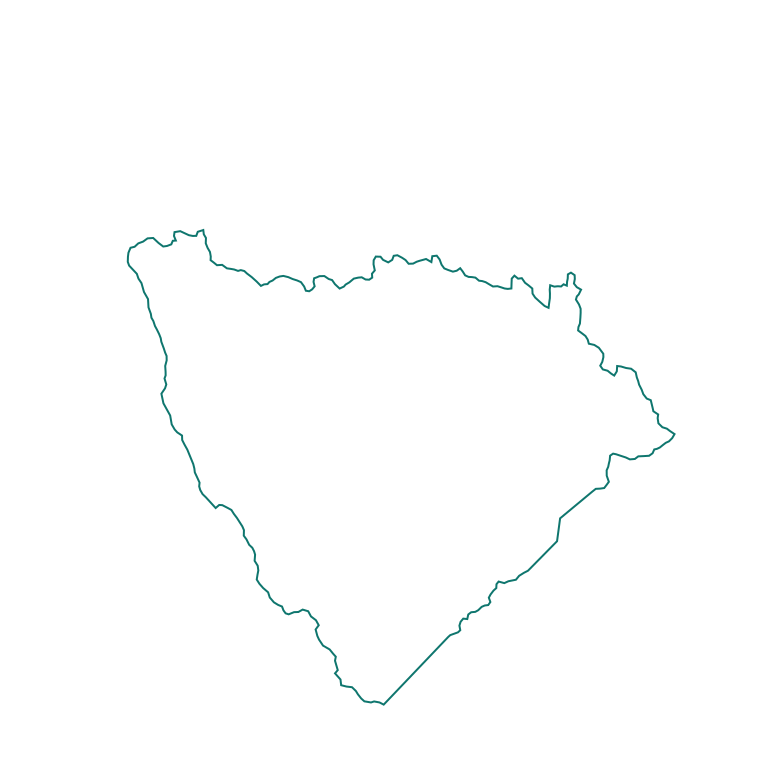 Itanhém, Bahia, Brazil, rotated 324°
{"feature_id": "56859067B26534963171540", "entity_name": "Itanhém", "entity_type": "district", "adm_level": 2, "iso_a3": "BRA", "parent_name": "Brazil", "parent_adm1": "Bahia", "projection": "equal_earth", "projection_center": [-40.347, -17.08], "detail": "fine", "context": "isolated", "style": "outline", "palette": "teal", "viewbox_px": 768, "rotation_deg": 324, "n_neighbors": 0, "source": "geoboundaries", "source_scale": "gbopen_adm2", "svg_char_len": 4546}
<svg xmlns="http://www.w3.org/2000/svg" viewBox="0 0 768 768"><g transform="rotate(324 384 384)"><path d="M303.8,138.0L301.1,140.8L299.9,145.6L297.3,144.0L294.0,146.0L289.6,144.8L286.2,143.0L284.5,137.4L283.1,130.2L278.3,127.2L272.8,127.2L267.9,125.8L262.9,126.4L259.0,124.8L254.4,127.6L251.6,130.6L248.5,134.6L247.4,138.4L248.8,149.6L247.3,154.4L247.1,159.8L243.9,168.5L243.0,176.6L238.5,183.6L236.6,190.2L234.8,193.7L234.4,197.5L232.8,202.5L232.3,206.3L231.4,211.5L230.3,215.7L228.7,218.9L226.7,226.0L225.4,229.9L224.6,233.5L222.1,237.1L217.6,240.8L214.5,245.7L212.4,248.7L209.7,250.5L207.6,256.4L204.3,258.8L198.2,261.0L194.2,270.0L192.5,283.8L188.5,291.9L187.9,297.8L188.3,301.6L190.3,307.0L187.8,310.7L187.0,315.7L186.3,321.5L182.6,336.7L180.9,340.9L179.0,344.3L178.1,349.0L176.8,355.4L174.3,358.2L173.0,361.8L172.5,366.5L173.3,371.0L174.9,385.4L179.6,385.0L182.0,387.0L184.8,392.6L186.5,396.2L186.2,400.9L186.3,405.9L185.7,415.9L184.8,419.9L181.4,424.3L181.4,428.9L180.4,434.9L181.2,439.1L180.6,442.9L179.4,446.3L175.4,451.0L175.0,456.8L172.7,461.0L169.7,463.8L166.1,467.4L165.8,472.4L166.3,478.0L167.8,484.4L166.1,489.6L166.6,495.9L168.5,500.5L170.7,504.1L169.6,508.1L169.6,511.7L171.5,514.3L177.1,515.7L180.7,518.1L185.6,518.7L189.1,523.3L188.3,529.1L190.1,535.1L189.4,540.8L184.4,542.4L182.0,548.6L181.2,552.6L180.9,559.8L184.0,566.8L184.3,572.2L184.7,576.3L181.7,579.1L178.4,588.3L174.3,589.3L175.1,597.5L172.3,602.5L175.8,606.7L179.9,610.5L180.8,615.9L180.5,619.7L180.7,625.0L181.6,629.2L186.3,634.0L189.4,635.0L193.2,639.0L195.3,643.2L287.2,626.4L290.0,626.1L294.1,627.3L297.9,628.4L301.0,628.0L303.0,623.8L306.2,621.4L310.2,620.4L313.2,623.1L316.7,620.0L320.4,619.9L323.9,622.0L327.3,622.4L332.0,621.7L335.3,622.4L338.4,624.1L341.9,622.9L343.2,618.5L346.5,616.9L351.2,615.5L354.9,615.1L357.3,612.1L360.6,611.2L364.3,615.8L368.7,616.7L372.2,618.3L375.7,619.9L380.6,618.6L386.3,619.0L390.7,619.7L431.6,612.9L447.5,596.2L489.1,593.5L493.7,593.3L497.4,595.7L501.0,597.6L504.7,596.5L508.4,595.3L510.3,589.1L513.4,584.7L516.7,582.8L519.3,580.4L521.6,578.5L524.8,574.9L528.4,575.0L530.5,577.3L533.5,581.5L536.4,585.5L538.6,589.5L542.9,592.1L547.2,592.0L551.6,594.9L556.3,597.9L560.6,597.9L564.2,595.8L566.7,596.9L569.9,597.5L573.6,597.3L577.4,597.2L580.8,597.9L585.3,597.2L589.6,595.3L587.7,590.1L586.6,586.4L583.8,582.6L582.9,577.1L585.3,572.5L587.9,569.8L585.9,564.4L587.3,561.2L588.7,557.8L590.3,553.9L588.0,550.2L587.8,544.7L589.1,540.1L590.0,534.5L591.4,530.9L592.4,527.3L594.5,522.5L592.9,516.9L589.3,513.4L586.0,509.1L583.2,506.5L579.8,510.6L575.2,512.5L573.9,509.2L572.7,504.7L569.6,500.8L569.7,496.3L573.6,494.4L577.3,491.2L579.2,488.4L579.1,481.0L577.1,476.0L573.4,471.8L574.9,467.8L575.2,463.6L573.9,459.2L572.5,454.8L574.8,452.2L578.0,450.3L582.0,445.6L585.0,441.9L587.3,438.7L588.5,434.3L588.9,428.5L591.5,426.5L594.2,426.0L598.9,423.5L596.9,419.0L596.7,414.4L600.1,411.2L602.2,408.0L600.7,403.8L597.2,403.4L594.6,406.7L592.2,408.9L589.7,411.9L587.9,408.9L584.6,409.2L582.1,407.1L579.0,405.3L576.5,401.8L573.5,405.1L571.4,408.4L568.6,412.1L565.0,415.8L561.9,419.1L559.8,415.3L558.4,409.2L557.1,402.9L557.3,398.2L560.1,393.9L558.9,389.2L557.6,385.0L557.7,379.4L554.4,377.6L553.2,373.0L549.3,373.8L546.3,377.6L543.2,381.6L540.0,379.8L537.7,377.6L535.7,374.8L533.3,371.6L529.5,369.2L527.8,365.4L526.1,361.4L523.9,358.4L521.6,356.3L520.5,351.7L518.1,349.3L515.4,347.1L513.5,343.8L513.8,339.3L513.7,335.1L509.4,335.1L505.8,333.6L502.8,329.3L500.7,325.9L500.7,321.3L502.2,315.9L502.1,311.2L498.2,309.0L494.0,313.2L491.5,307.6L488.0,306.3L485.1,305.2L482.3,304.3L478.3,303.7L474.6,301.2L474.3,296.4L472.8,292.4L470.5,287.7L467.2,286.0L463.6,288.4L458.9,288.1L456.2,283.0L456.0,279.0L452.3,276.1L448.4,277.8L445.9,281.0L443.3,286.7L439.1,287.7L437.0,291.0L433.3,290.9L430.5,288.6L428.7,284.6L425.7,282.8L421.5,281.0L415.7,281.4L411.4,281.0L408.8,281.6L404.2,280.7L403.0,274.4L403.1,269.4L401.0,266.6L399.2,261.6L395.1,258.8L392.3,258.2L389.6,257.4L387.0,260.0L385.3,264.2L381.5,265.2L378.0,265.0L375.6,262.6L376.7,258.2L376.7,252.8L374.6,249.2L371.8,245.4L369.4,241.3L366.1,237.4L362.8,235.7L358.9,234.6L354.7,234.8L351.3,234.1L348.5,234.7L345.5,232.9L342.1,232.3L341.2,226.3L339.8,219.7L338.1,214.1L337.4,210.5L335.1,207.7L332.4,206.7L330.1,203.3L327.6,200.7L324.9,198.1L323.1,192.5L318.7,189.7L317.6,185.5L316.5,181.9L318.8,179.0L320.8,174.9L321.3,170.2L322.5,165.4L325.8,161.2L326.2,157.0L328.3,153.2L322.8,151.4L319.2,153.8L316.3,151.8L313.6,148.9L309.0,140.6L303.8,138.0Z" fill="none" stroke="#0f766e" stroke-width="2"/></g></svg>